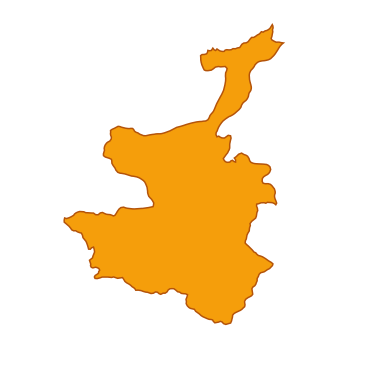 outline of Turmalina, Minas Gerais, Brazil, rotated 253°
{"feature_id": "56859067B92924198369136", "entity_name": "Turmalina", "entity_type": "district", "adm_level": 2, "iso_a3": "BRA", "parent_name": "Brazil", "parent_adm1": "Minas Gerais", "projection": "orthographic", "projection_center": [-42.797, -17.256], "detail": "fine", "context": "isolated", "style": "filled", "palette": "amber", "viewbox_px": 384, "rotation_deg": 253, "n_neighbors": 0, "source": "geoboundaries", "source_scale": "gbopen_adm2", "svg_char_len": 6043}
<svg xmlns="http://www.w3.org/2000/svg" viewBox="0 0 384 384"><g transform="rotate(253 192 192)"><path d="M55.4,190.6L57.1,192.1L58.7,193.0L60.5,194.1L62.4,194.9L63.5,196.7L64.0,198.8L64.7,203.7L65.3,205.6L66.2,207.2L66.9,208.8L68.6,209.7L70.8,210.0L72.2,210.4L73.7,212.0L74.6,214.6L75.0,217.0L75.4,218.7L76.5,220.2L82.0,221.0L83.3,222.4L84.0,224.6L85.1,226.0L86.5,227.0L88.0,228.3L90.2,229.0L92.0,230.9L93.6,232.0L94.7,234.0L94.6,236.3L94.6,237.9L95.7,241.4L96.1,243.8L98.1,247.4L99.6,248.4L101.4,247.3L103.9,245.0L106.7,242.9L109.4,240.5L110.8,238.7L111.9,236.9L113.6,235.8L115.2,235.2L116.5,233.7L118.9,232.7L123.8,230.1L125.7,228.9L127.7,227.9L129.9,228.9L131.2,230.2L134.6,231.9L136.3,233.4L138.1,235.4L139.7,236.0L141.3,236.8L142.9,238.0L144.8,238.2L146.5,240.5L148.4,245.2L150.1,246.5L153.3,248.0L155.0,249.4L157.5,249.8L159.6,249.6L161.5,250.3L161.3,252.4L161.5,254.8L160.7,257.8L159.7,259.3L160.1,261.1L158.3,265.7L156.9,267.4L155.3,268.4L156.6,269.7L159.4,269.6L161.4,269.4L163.2,269.5L165.0,270.1L166.7,271.3L168.4,271.7L170.9,271.7L173.0,270.9L174.8,270.2L176.4,269.2L177.7,267.3L178.5,264.5L179.6,262.6L181.7,262.2L184.3,263.2L185.6,265.0L186.3,267.3L186.7,269.4L187.4,270.9L188.4,272.2L190.5,273.8L193.3,273.9L195.1,272.9L196.5,271.4L197.9,268.1L200.0,262.3L200.8,260.3L201.8,258.6L203.2,257.0L205.1,256.3L207.4,256.3L210.0,255.6L211.4,254.4L212.6,252.7L214.7,250.8L214.5,247.6L213.7,246.2L212.8,244.4L212.1,242.4L210.1,243.1L207.9,242.4L208.8,241.1L210.5,239.9L210.3,238.1L209.5,236.8L210.2,234.0L211.4,232.7L213.0,232.0L214.8,231.7L217.9,235.8L219.1,237.6L220.3,238.6L221.4,239.8L223.0,240.9L226.9,242.1L229.8,243.7L232.1,245.1L234.5,245.3L235.6,243.2L234.1,238.8L235.0,236.4L236.3,234.9L237.6,233.9L237.5,232.0L240.0,231.7L241.9,232.6L243.1,234.0L244.7,235.1L246.4,236.6L248.1,238.5L249.7,240.6L250.9,242.5L252.1,245.5L253.3,249.4L253.4,251.1L253.9,253.5L254.6,255.7L257.1,261.2L258.6,263.4L260.8,265.0L262.3,266.8L263.1,268.5L263.8,270.4L265.0,272.1L266.8,273.8L269.7,275.3L271.9,277.9L273.5,278.9L275.0,279.4L277.1,279.6L280.9,279.7L282.8,279.9L287.0,280.9L289.0,281.9L291.1,283.9L292.3,286.1L293.6,287.9L295.3,289.6L296.5,291.8L297.1,293.7L297.1,295.3L296.9,297.4L296.4,299.8L296.2,301.6L296.1,303.9L296.5,306.1L298.5,310.0L299.7,311.8L302.7,315.4L304.2,317.0L305.6,318.7L307.0,321.0L307.8,323.0L308.8,320.9L309.9,319.0L310.7,316.2L312.7,314.1L314.2,312.8L315.8,312.6L317.1,313.7L319.6,315.0L321.6,316.1L323.6,316.4L325.2,317.5L327.1,317.9L328.6,317.7L325.7,314.4L325.0,312.7L324.6,311.0L324.7,309.0L324.1,306.8L325.0,305.2L323.5,302.8L323.0,300.3L322.2,298.0L321.8,296.3L322.4,294.2L321.4,292.5L319.3,289.6L318.8,287.5L319.3,285.0L318.7,282.9L316.2,279.9L316.5,277.6L316.3,275.4L317.1,273.1L316.6,271.1L317.0,269.0L317.9,266.9L318.0,265.2L317.1,263.9L317.5,262.2L318.5,260.3L319.8,259.0L321.5,257.7L320.4,256.0L321.4,254.8L323.5,254.0L321.7,251.9L322.0,249.9L322.8,248.6L321.1,247.7L319.9,246.4L319.9,244.2L320.5,241.8L319.9,240.1L317.8,239.6L315.7,239.0L313.5,238.7L310.9,238.6L307.0,239.0L305.1,239.4L304.1,240.6L303.4,242.6L302.9,246.1L303.6,248.5L304.6,250.9L304.3,253.9L303.3,256.0L302.3,260.5L299.8,261.7L297.8,260.5L296.1,259.0L293.1,257.9L290.7,257.4L288.2,256.5L284.8,254.8L280.1,252.0L278.7,250.8L276.6,248.9L274.9,247.1L269.2,241.4L264.7,237.7L263.1,236.3L262.1,235.0L261.1,233.3L259.8,231.5L258.1,230.2L256.4,228.3L255.9,225.8L256.4,223.7L256.6,222.0L257.2,219.6L257.7,216.6L258.1,211.4L258.2,206.3L258.1,203.2L258.1,200.4L258.3,196.3L256.9,188.7L256.6,183.0L256.7,180.2L257.0,178.4L257.6,176.5L258.1,174.4L258.3,172.6L258.6,171.1L259.0,168.2L259.3,164.3L260.0,162.2L262.6,158.9L264.3,157.6L265.5,155.9L267.0,154.8L268.7,154.5L270.1,153.8L270.7,152.2L271.0,150.4L271.6,148.9L272.5,147.0L274.6,143.5L275.7,142.1L276.4,140.5L275.6,136.4L275.3,134.0L274.7,132.1L273.0,131.7L271.4,131.0L269.8,130.8L268.2,131.0L266.2,130.2L264.7,128.2L264.4,126.3L263.8,124.7L262.5,122.9L261.1,121.7L259.5,120.8L257.5,120.5L254.3,118.4L252.6,118.0L250.8,119.3L248.4,122.8L246.8,124.5L245.3,124.4L242.8,123.8L240.5,124.3L237.2,125.4L235.2,125.6L232.5,126.8L231.1,128.6L230.4,130.2L228.9,133.1L224.9,138.9L224.3,140.4L222.6,143.6L220.9,145.8L218.8,147.6L217.1,148.9L215.2,149.8L212.4,150.2L209.6,150.4L205.8,149.8L204.4,149.4L202.8,149.3L200.6,149.4L198.7,150.2L196.8,151.2L194.7,151.8L192.7,152.2L190.7,151.3L189.4,150.5L189.8,145.9L190.7,140.2L191.2,138.3L192.2,133.9L192.6,132.1L193.2,130.3L195.4,125.3L196.2,123.9L197.5,122.2L197.9,119.4L197.0,117.2L195.3,115.0L193.7,113.3L192.2,111.4L192.1,109.8L193.2,108.6L194.3,107.1L195.2,104.8L195.9,103.4L197.0,102.1L198.6,100.4L198.8,98.2L197.7,95.6L198.5,93.2L200.6,91.7L201.3,89.7L202.6,86.3L203.3,84.3L204.7,82.8L206.2,78.9L206.2,76.6L205.9,74.8L205.3,73.2L204.3,72.0L203.7,69.5L203.3,66.9L203.3,64.2L204.4,62.6L202.4,61.5L200.5,61.0L199.0,62.0L195.2,64.4L193.0,65.3L191.0,65.9L189.5,67.5L189.0,69.4L187.4,70.8L186.3,72.2L185.0,74.2L182.7,74.6L180.2,74.4L175.8,76.2L173.9,76.4L171.6,76.5L169.7,76.5L167.6,76.4L167.0,78.0L168.0,79.7L168.1,81.7L165.6,81.7L163.1,81.3L159.6,78.5L158.1,77.6L156.7,74.0L152.7,74.1L151.1,73.4L149.4,73.7L148.4,75.0L148.3,77.7L147.4,79.2L146.1,80.5L144.3,80.9L143.1,79.5L141.6,78.7L140.9,76.6L140.5,75.0L139.3,73.8L137.7,74.0L136.9,76.0L136.8,78.9L136.9,81.3L135.2,86.8L133.8,90.1L133.7,92.2L131.2,95.6L130.5,100.5L128.4,101.2L126.1,101.7L124.3,102.9L123.0,104.2L121.8,105.3L120.5,106.2L119.0,107.0L117.5,108.3L116.2,109.1L114.5,109.5L113.9,111.8L112.6,114.5L111.2,116.3L109.9,118.3L109.0,120.3L106.9,123.1L106.5,125.4L107.1,128.0L106.2,129.7L104.4,130.8L103.3,132.2L103.7,134.8L103.1,136.8L103.8,139.0L105.3,140.6L105.9,142.5L105.5,144.4L104.8,146.4L102.8,147.9L100.8,149.1L99.8,151.0L98.2,152.1L97.3,154.0L96.5,156.1L95.1,157.7L93.2,156.6L91.1,154.9L88.8,154.6L86.9,153.8L84.6,154.2L82.6,155.2L81.2,156.4L79.1,160.0L76.9,160.6L73.2,163.4L71.1,164.6L69.5,166.0L66.3,169.7L65.2,171.2L64.5,173.0L63.6,174.3L62.0,174.6L60.2,175.6L59.8,179.4L60.0,181.3L59.0,182.7L56.9,183.7L55.5,185.6L55.4,190.6Z" fill="#f59e0b" stroke="#b45309" stroke-width="1.5"/></g></svg>